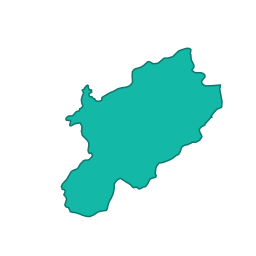 Lola, Lola, Guinea (Natural Earth projection), rotated 225°
{"feature_id": "49546643B14657084308206", "entity_name": "Lola", "entity_type": "district", "adm_level": 2, "iso_a3": "GIN", "parent_name": "Guinea", "parent_adm1": "Lola", "projection": "natural_earth1", "projection_center": [-8.248, 8.016], "detail": "fine", "context": "isolated", "style": "filled", "palette": "teal", "viewbox_px": 256, "rotation_deg": 225, "n_neighbors": 0, "source": "geoboundaries", "source_scale": "gbopen_adm2", "svg_char_len": 3726}
<svg xmlns="http://www.w3.org/2000/svg" viewBox="0 0 256 256"><g transform="rotate(225 128 128)"><path d="M94.5,74.8L98.1,78.6L98.6,80.3L98.7,82.0L98.8,83.2L98.8,84.0L97.8,87.0L94.8,87.7L91.3,88.5L88.9,89.1L86.4,89.6L82.2,89.5L79.9,92.4L77.2,92.6L76.1,94.4L75.5,97.0L74.2,98.9L74.4,101.2L75.0,103.6L75.5,105.1L76.1,106.7L76.2,107.8L75.3,109.9L73.7,112.6L74.2,114.2L76.6,115.1L79.8,119.2L80.9,121.6L81.3,125.1L78.8,128.5L76.2,134.4L75.0,138.2L74.6,142.1L73.6,145.3L74.2,147.8L75.8,150.9L76.5,152.5L76.0,155.0L75.2,156.9L74.1,158.2L73.4,160.4L72.9,161.3L72.6,162.8L72.7,163.1L69.7,166.4L68.7,170.1L69.5,174.0L71.6,175.1L74.7,176.0L76.8,177.7L76.9,181.1L75.8,184.3L76.4,185.1L76.8,193.6L76.6,194.3L76.4,195.0L76.5,195.0L77.5,195.0L77.8,196.6L78.1,198.4L78.4,204.0L76.5,208.9L77.0,209.5L77.6,210.2L78.5,211.2L80.2,213.2L90.5,220.2L91.5,221.6L93.1,223.7L98.7,217.1L102.9,212.6L105.1,211.9L105.8,211.9L107.3,211.7L108.2,212.4L108.8,212.8L109.3,214.7L109.4,215.9L109.7,218.6L110.6,219.3L111.5,219.9L112.4,219.8L113.8,219.5L114.6,219.1L115.6,218.6L119.6,214.7L119.9,214.4L121.6,214.2L123.4,214.0L124.1,214.9L124.1,215.5L124.0,216.0L124.3,217.4L125.2,218.4L125.3,218.4L125.3,218.5L125.8,219.0L131.6,221.0L135.4,224.2L135.8,224.4L136.5,224.7L139.1,228.0L140.9,227.6L143.0,225.7L144.1,223.5L145.4,221.2L145.9,219.9L146.7,218.1L146.8,211.7L146.8,210.1L149.5,205.1L150.9,204.0L151.9,202.7L152.1,200.5L152.4,196.3L152.6,194.9L154.5,192.5L155.5,191.3L157.4,190.7L159.4,190.2L160.8,188.9L161.0,186.1L161.2,182.9L162.2,179.3L164.8,174.8L165.0,172.8L164.7,171.0L164.3,170.5L163.1,169.1L162.8,168.8L162.7,168.6L157.1,163.5L156.8,161.5L156.6,160.6L156.7,159.8L156.9,158.4L158.3,155.3L158.4,155.2L158.6,155.0L158.7,154.8L160.7,152.3L162.4,149.4L162.8,148.7L164.1,144.0L165.8,139.9L165.8,139.7L166.4,137.4L168.0,131.2L166.2,128.9L166.4,128.4L167.2,126.5L169.1,125.0L169.4,124.9L170.3,124.4L170.9,124.6L171.9,125.0L172.3,125.1L172.7,124.8L173.2,124.4L173.9,124.4L175.8,124.6L176.1,124.3L177.0,123.2L177.5,123.1L178.4,123.5L179.5,124.0L179.8,124.8L179.0,127.5L179.2,127.8L179.6,127.6L180.0,127.5L180.4,129.0L180.7,129.1L181.0,128.8L182.4,127.7L184.8,128.6L185.3,129.1L185.8,129.8L186.4,129.7L186.8,129.7L187.3,128.5L187.1,128.2L187.1,127.4L187.1,126.0L187.0,125.7L186.4,124.9L187.1,123.1L187.1,122.4L185.8,122.0L184.1,121.4L183.0,118.4L180.9,114.8L179.9,114.3L178.8,113.2L175.6,111.7L175.3,110.8L175.0,110.0L175.7,107.4L175.0,106.4L174.8,105.4L175.9,103.5L176.2,101.7L176.0,100.6L175.8,98.6L175.8,98.0L175.9,97.2L177.5,95.5L178.3,94.7L178.4,94.2L178.7,93.1L178.7,91.2L177.8,90.0L176.8,90.0L176.7,90.2L176.3,90.7L175.2,91.4L175.0,91.5L174.3,92.6L173.3,92.3L172.7,91.2L171.3,88.8L170.8,88.7L170.5,88.6L169.8,89.3L168.4,93.8L168.1,94.1L166.0,97.1L165.3,97.7L165.2,97.7L162.4,96.8L161.6,96.6L160.8,95.3L160.6,95.2L159.4,94.4L159.2,93.6L159.0,93.0L157.7,92.1L155.0,90.5L147.8,90.5L147.1,90.3L145.5,89.8L143.7,88.4L140.5,84.0L138.4,82.7L137.5,82.8L137.3,82.8L136.4,84.3L135.0,84.0L133.9,83.8L133.6,83.1L133.5,82.8L133.3,82.5L133.2,82.2L133.1,80.0L133.1,78.8L133.1,78.6L133.3,77.9L133.5,77.2L134.8,75.8L135.9,74.5L136.2,73.5L136.4,73.0L136.1,71.2L136.2,70.9L136.3,68.9L135.1,64.8L135.0,63.2L136.6,59.7L136.7,59.4L136.9,58.8L137.2,57.6L137.2,57.0L137.2,56.4L136.4,53.6L135.2,49.2L135.1,48.4L134.9,46.6L135.0,45.8L135.0,45.4L134.7,42.2L134.6,41.8L133.7,39.4L133.1,39.3L132.3,38.9L131.3,38.1L129.3,39.4L127.4,38.7L126.1,35.4L122.7,35.2L120.7,33.8L119.6,31.4L118.3,29.0L116.4,28.3L113.6,29.6L110.5,28.5L109.7,28.0L107.4,29.3L105.0,31.2L101.0,33.2L98.1,34.3L94.2,36.6L92.3,38.5L90.8,42.4L89.9,47.3L89.0,48.9L88.1,50.4L87.1,51.7L85.1,54.4L85.7,56.4L87.6,59.3L89.1,62.2L90.3,66.5L91.9,70.7L94.5,74.8Z" fill="#14b8a6" stroke="#0f766e" stroke-width="1.5"/></g></svg>